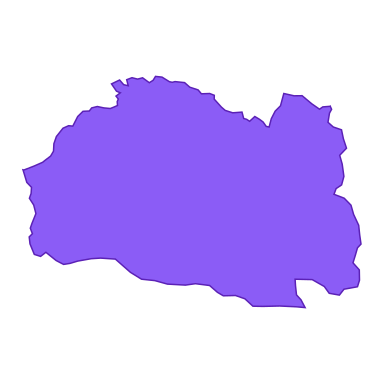 Arakapas, Limassol, Cyprus
{"feature_id": "46923920B61372906166582", "entity_name": "Arakapas", "entity_type": "district", "adm_level": 2, "iso_a3": "CYP", "parent_name": "Cyprus", "parent_adm1": "Limassol", "projection": "orthographic", "projection_center": [33.105, 34.852], "detail": "fine", "context": "isolated", "style": "filled", "palette": "violet", "viewbox_px": 384, "rotation_deg": 0, "n_neighbors": 0, "source": "geoboundaries", "source_scale": "gbopen_adm2", "svg_char_len": 1853}
<svg xmlns="http://www.w3.org/2000/svg" viewBox="0 0 384 384"><path d="M23.0,169.8L26.8,182.4L31.5,187.3L31.1,193.5L29.4,198.3L33.7,205.0L35.9,213.6L32.0,223.3L30.3,228.2L32.4,233.7L29.2,236.9L30.0,243.9L34.3,254.4L40.6,256.4L45.9,252.3L56.1,260.5L60.1,262.6L63.6,264.4L70.0,263.4L77.7,261.1L91.2,258.7L100.5,258.1L115.4,259.1L123.0,265.8L130.5,272.4L141.5,279.2L154.8,280.6L167.4,284.1L185.4,285.1L195.4,283.7L209.6,285.5L217.4,292.3L223.3,295.8L235.5,295.5L244.9,298.8L252.9,306.2L262.9,306.4L279.6,306.0L296.5,306.8L305.1,307.6L301.0,299.8L296.5,294.9L295.5,285.7L295.1,279.2L312.2,279.6L324.3,286.5L329.2,293.3L339.4,295.1L344.0,289.2L357.3,286.8L357.5,286.7L359.5,280.2L359.3,269.9L354.4,264.4L353.0,262.8L355.3,255.4L356.7,250.5L357.5,247.8L361.0,244.1L359.7,234.9L358.7,225.3L353.6,214.4L351.0,205.2L344.2,198.2L334.0,194.3L336.1,188.6L341.6,184.9L343.9,176.4L342.2,164.1L339.7,155.3L346.5,148.2L343.4,138.8L341.5,129.8L333.3,127.0L328.0,122.3L329.5,113.1L331.6,109.3L330.2,106.2L330.1,106.3L322.8,106.9L319.5,109.2L311.5,103.6L302.1,95.7L294.1,95.8L283.8,93.5L280.5,105.8L275.2,111.1L271.3,118.7L269.1,127.0L266.2,126.4L263.1,122.0L259.5,119.3L254.8,116.5L253.2,118.0L249.6,121.3L246.6,119.3L243.7,118.5L242.0,112.1L232.7,112.8L225.2,110.4L221.4,107.1L214.2,99.1L214.3,95.3L209.7,93.5L201.4,93.8L198.1,89.9L189.8,87.2L184.6,82.6L175.0,81.6L172.3,82.3L169.4,81.7L162.0,77.1L155.5,76.4L153.1,80.3L149.3,82.7L142.6,77.8L137.6,79.1L132.0,77.7L126.7,79.7L128.2,85.7L123.7,84.7L119.6,80.0L111.5,83.9L116.5,91.2L120.3,92.8L116.0,96.1L118.3,99.0L117.2,101.6L117.5,105.5L113.8,107.1L110.3,108.5L103.9,107.9L97.3,106.5L91.7,107.9L89.3,111.0L83.0,111.3L77.7,116.5L72.8,126.1L68.6,125.7L63.0,128.2L56.4,136.5L53.9,143.7L53.5,151.2L50.6,156.1L45.6,159.9L42.6,162.3L34.2,166.0L23.9,170.0L23.0,169.8Z" fill="#8b5cf6" stroke="#5b21b6" stroke-width="1.5"/></svg>